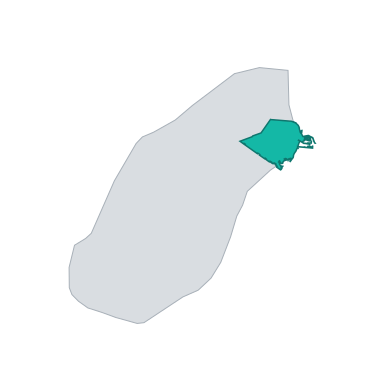 75, Al Khawr, Qatar (highlighted), rotated 35°
{"feature_id": "91078587B7321304158437", "entity_name": "75", "entity_type": "district", "adm_level": 2, "iso_a3": "QAT", "parent_name": "Qatar", "parent_adm1": "Al Khawr", "projection": "natural_earth1", "projection_center": [51.575, 25.836], "detail": "fine", "context": "in_parent", "style": "filled", "palette": "teal", "viewbox_px": 384, "rotation_deg": 35, "n_neighbors": 0, "source": "geoboundaries", "source_scale": "gbopen_adm2", "svg_char_len": 5529}
<svg xmlns="http://www.w3.org/2000/svg" viewBox="0 0 384 384"><g transform="rotate(35 192 192)"><path d="M201.6,338.5L187.0,342.4L173.2,346.7L161.7,346.6L152.5,344.9L146.4,340.8L134.6,324.3L126.3,303.0L131.5,291.1L133.2,283.6L122.0,227.4L118.4,184.2L119.8,175.3L126.2,165.1L137.0,142.6L142.7,120.9L158.9,70.7L175.9,51.4L200.9,37.3L221.4,65.0L246.3,86.1L251.0,109.8L243.7,129.1L236.9,159.7L241.0,173.8L242.5,186.0L249.3,206.5L255.9,233.1L257.0,251.6L253.4,268.8L244.7,283.2L227.6,326.6L222.5,331.1L201.6,338.5Z" fill="#d9dde1" stroke="#a8b0b8" stroke-width="1"/><path d="M202.2,122.9L206.8,123.0L206.8,122.3L208.2,122.3L208.2,123.0L223.6,123.1L223.6,122.4L226.1,122.4L226.1,123.1L232.5,123.1L232.5,122.3L233.9,122.4L233.9,122.9L238.0,123.0L238.0,122.4L238.8,122.4L238.8,121.9L239.9,121.9L239.9,122.5L241.6,122.5L241.7,121.9L242.7,121.9L242.7,121.4L243.2,121.4L243.2,120.9L244.6,120.9L244.6,121.5L245.0,121.5L245.0,121.9L246.3,121.9L246.3,122.4L247.3,122.4L247.3,123.1L251.7,123.1L251.7,122.3L252.1,122.3L252.1,121.3L251.6,121.3L251.6,118.8L251.3,118.9L251.1,118.8L251.1,118.7L251.1,118.8L250.9,119.0L250.6,119.3L250.6,119.9L250.7,120.3L250.7,120.5L250.2,120.0L249.8,119.9L249.7,119.9L249.4,119.5L248.8,119.5L248.1,119.1L247.5,118.9L247.3,118.6L247.1,118.0L247.1,117.9L247.3,118.1L247.2,118.0L247.3,117.9L247.1,117.9L245.9,117.8L246.0,117.6L245.7,117.4L245.7,117.2L245.8,117.2L245.6,116.6L245.6,116.2L245.4,115.9L245.7,116.1L245.7,115.7L245.7,116.1L245.9,116.4L246.5,116.6L247.0,116.9L247.2,117.0L247.2,117.3L247.5,117.5L248.5,117.5L249.3,117.2L249.5,116.9L249.4,116.9L249.3,116.5L249.3,116.1L249.5,115.7L249.5,115.4L249.4,115.2L249.3,114.9L249.5,113.5L249.6,113.2L250.0,113.0L250.0,112.7L250.3,112.4L250.4,112.1L250.6,112.1L250.8,111.9L251.0,111.4L250.9,111.2L250.4,111.0L250.2,111.0L250.0,111.3L250.1,111.2L249.9,111.1L249.9,111.4L249.7,112.0L249.3,112.2L249.3,112.3L249.2,112.3L249.2,112.1L248.9,111.9L249.1,111.8L249.1,111.5L249.3,111.5L249.3,111.2L249.5,110.9L250.2,110.7L251.0,110.8L251.0,110.7L251.4,110.8L251.7,110.7L251.8,110.9L252.2,110.5L252.2,110.3L252.4,110.5L252.3,110.0L252.6,109.8L252.8,109.8L252.8,109.7L252.9,109.8L253.0,109.8L253.0,109.5L253.1,109.3L253.3,108.0L253.5,107.8L254.1,107.6L254.2,108.0L254.3,107.9L254.4,108.0L254.4,107.7L254.5,107.9L254.8,108.3L254.7,108.5L254.7,109.1L254.6,109.4L254.7,109.8L254.8,109.8L254.8,110.1L254.7,110.2L254.5,111.2L254.8,110.6L255.0,110.6L255.0,107.7L255.1,107.1L255.1,105.8L254.8,104.9L254.4,104.3L253.9,103.1L253.7,101.9L253.6,100.0L253.7,99.8L253.7,99.3L253.6,98.6L253.4,97.9L253.4,97.6L253.3,97.3L253.2,96.7L253.1,96.2L253.3,95.8L253.6,95.7L253.7,95.9L253.7,95.7L253.8,95.7L253.8,95.9L253.8,95.6L253.1,95.8L253.0,95.1L253.3,95.1L253.2,95.0L253.1,94.9L253.0,95.0L252.9,94.8L252.9,94.7L253.0,94.7L252.9,94.6L253.1,94.6L252.9,94.6L252.8,94.2L265.6,86.9L264.7,85.5L265.1,85.0L264.6,85.4L264.1,84.7L264.5,85.4L264.5,85.6L264.9,86.1L265.0,86.1L265.5,86.8L264.9,87.2L264.6,86.8L263.8,87.3L263.2,86.1L263.5,86.7L263.1,86.9L262.7,87.2L262.3,86.6L262.9,87.8L262.6,88.0L262.3,87.4L262.5,87.8L261.9,88.1L262.0,88.3L261.7,88.5L261.3,87.8L261.2,87.9L260.7,88.2L261.0,88.9L260.9,89.0L261.0,89.3L258.6,90.8L258.4,90.5L258.1,90.7L258.2,91.0L252.9,94.0L252.7,94.0L252.3,93.1L251.6,91.0L251.4,89.3L251.5,88.5L249.6,88.6L249.6,88.4L249.8,88.4L251.4,88.3L249.8,88.3L249.6,88.4L251.3,88.2L255.6,88.1L258.9,86.2L259.0,86.4L260.9,85.2L261.2,86.0L261.4,85.9L260.6,84.1L260.4,84.2L260.7,84.9L260.5,85.0L260.4,84.9L259.8,85.3L259.2,85.8L258.6,84.5L259.1,85.8L255.6,87.9L253.3,87.9L254.4,85.8L254.3,85.5L254.5,85.4L254.3,85.1L254.1,85.2L254.0,84.9L257.0,83.1L257.1,83.3L257.2,83.2L257.6,82.7L258.1,83.8L257.7,82.7L258.4,82.3L258.6,82.9L258.8,82.8L258.5,82.3L259.2,81.9L260.8,82.1L261.4,83.4L261.5,83.4L260.8,82.0L259.0,81.7L258.5,82.0L258.6,81.6L258.5,82.0L258.3,82.1L258.2,82.0L258.1,81.6L257.9,81.7L258.2,82.2L257.9,82.3L257.7,82.0L257.7,81.9L257.6,82.0L257.8,82.4L257.5,82.6L257.2,82.1L257.3,82.6L255.2,83.8L254.5,82.8L253.5,83.5L253.0,82.9L253.3,82.7L253.4,82.8L253.3,82.6L254.0,82.0L254.5,81.7L254.9,82.4L255.1,82.2L255.3,81.8L255.3,81.7L255.5,81.5L256.2,82.3L256.1,82.1L256.5,81.8L256.0,80.9L254.4,81.5L254.2,81.3L254.0,81.6L253.8,81.4L254.0,81.3L253.9,81.2L255.0,80.0L255.4,80.4L255.5,80.3L255.4,80.4L255.1,80.0L255.7,79.4L255.9,79.4L256.2,79.5L256.3,79.6L256.9,79.8L256.9,80.0L257.0,79.9L257.5,80.1L257.6,80.3L257.7,80.2L258.2,80.5L258.4,80.4L258.7,80.6L258.8,80.7L258.7,80.9L258.8,80.7L258.4,80.4L258.5,80.3L258.4,80.2L258.3,80.4L255.9,79.2L257.1,78.9L257.2,79.1L257.3,79.2L257.7,79.7L257.8,79.5L257.7,79.5L257.2,79.0L257.2,78.9L259.4,78.4L259.7,78.5L262.3,80.1L261.9,80.9L262.4,80.2L263.2,80.8L263.3,80.8L263.9,81.2L264.8,81.5L264.9,81.4L263.8,81.1L259.9,78.3L259.2,78.3L256.3,78.8L255.3,78.8L255.0,78.9L254.7,79.1L251.5,82.4L251.3,82.6L251.2,82.9L250.8,82.9L248.9,81.8L247.6,81.3L247.9,80.5L247.8,80.4L247.7,80.3L247.4,80.3L247.0,80.2L247.4,78.8L247.0,79.7L246.7,81.0L246.5,80.9L246.5,81.0L246.0,80.7L245.9,80.7L245.5,80.3L246.3,79.4L246.7,78.7L246.8,78.6L246.9,78.8L246.8,78.6L247.4,78.3L246.7,78.7L246.3,79.4L245.5,80.3L243.3,78.3L243.2,78.0L242.9,77.9L242.6,77.6L242.3,77.3L241.9,77.1L240.8,76.5L240.2,76.4L238.8,76.1L238.7,75.9L238.7,76.1L237.4,76.1L237.4,75.9L237.3,75.1L237.3,76.0L236.2,76.2L235.3,76.4L235.2,76.1L235.3,76.2L235.2,76.1L234.9,76.1L235.0,76.0L234.9,76.2L234.9,76.5L234.5,76.6L234.4,76.5L234.5,76.6L234.0,76.7L233.3,76.9L232.9,77.0L214.8,87.6L214.7,87.6L214.7,104.0L209.6,111.2L209.5,112.3L202.2,122.9Z" fill="#14b8a6" stroke="#0f766e" stroke-width="1.5"/></g></svg>